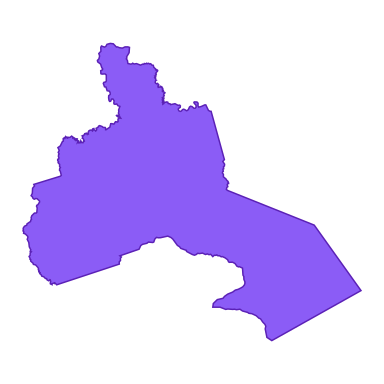 the district of Valparaíso, Caquetá, Colombia
{"feature_id": "7082276B64086191085481", "entity_name": "Valparaíso", "entity_type": "district", "adm_level": 2, "iso_a3": "COL", "parent_name": "Colombia", "parent_adm1": "Caquetá", "projection": "orthographic", "projection_center": [-75.73, 1.085], "detail": "fine", "context": "isolated", "style": "filled", "palette": "violet", "viewbox_px": 384, "rotation_deg": 0, "n_neighbors": 0, "source": "geoboundaries", "source_scale": "gbopen_adm2", "svg_char_len": 5831}
<svg xmlns="http://www.w3.org/2000/svg" viewBox="0 0 384 384"><path d="M60.4,176.2L33.8,184.4L34.5,186.0L32.6,188.2L32.3,193.4L31.1,195.7L32.3,196.7L32.9,198.2L33.8,199.0L34.5,199.2L35.8,198.5L37.1,198.7L39.5,201.0L39.6,202.0L37.9,204.7L36.8,205.3L36.5,206.2L37.2,207.9L36.8,212.5L36.3,213.0L34.4,213.1L31.8,215.7L31.1,217.7L31.5,219.4L30.9,219.9L30.5,221.5L27.1,223.7L26.7,225.2L24.5,226.2L23.4,227.8L23.1,228.9L23.4,229.5L23.0,230.9L23.6,231.2L23.8,232.1L23.6,233.3L25.4,234.0L27.7,236.3L27.9,237.5L27.2,239.3L28.8,242.5L29.3,246.9L30.8,249.9L30.2,251.3L31.3,251.8L30.2,252.8L30.1,255.4L29.1,256.4L30.1,258.6L30.0,259.3L30.7,259.6L30.7,261.1L33.1,263.3L33.4,264.4L35.6,264.9L38.0,267.6L38.5,268.8L38.3,269.6L39.0,270.7L38.7,270.9L38.8,271.7L39.3,271.7L39.6,273.0L40.1,272.9L40.0,273.8L41.1,274.6L41.7,276.1L43.8,276.8L45.4,278.5L46.6,278.6L47.0,279.8L48.6,280.8L49.4,280.5L49.9,279.7L50.3,279.9L50.7,281.7L50.2,283.1L50.5,284.0L51.1,283.9L52.0,284.6L52.1,283.7L54.5,282.8L54.6,283.5L55.3,283.3L56.7,284.8L119.3,264.1L119.2,261.9L120.5,260.5L120.4,258.2L121.4,257.0L119.9,255.8L139.1,249.2L140.8,245.5L142.6,244.3L146.9,243.3L148.4,242.1L152.8,242.5L153.8,242.0L154.8,239.1L156.5,237.4L158.4,237.8L160.6,237.7L167.8,236.1L171.1,237.6L172.9,239.2L177.4,245.4L179.5,246.7L180.8,248.4L186.4,250.4L186.5,251.3L187.0,251.7L192.3,254.5L194.4,255.2L195.9,254.7L197.8,253.3L199.4,253.6L202.5,253.1L205.5,254.5L207.3,253.9L209.0,254.7L210.7,254.3L212.8,256.6L214.2,255.3L216.1,255.3L216.8,254.9L217.9,255.8L219.4,255.7L221.2,256.8L222.4,256.6L225.0,257.8L227.6,259.7L228.6,261.9L229.4,262.3L232.6,262.2L235.1,263.6L236.9,266.2L238.5,266.9L239.4,266.7L242.5,268.1L243.0,275.2L243.8,276.5L243.9,279.4L244.9,281.8L244.9,283.5L244.3,285.1L242.7,286.9L240.8,288.0L238.2,289.3L235.3,290.1L232.6,292.1L227.7,294.1L224.5,296.4L223.0,298.3L217.3,299.6L213.3,303.5L212.8,307.2L220.1,307.2L225.7,309.4L227.8,309.0L232.8,309.4L234.4,309.2L236.5,309.7L239.9,309.2L242.5,311.0L247.6,312.4L248.9,313.3L251.9,313.7L256.2,315.7L258.9,318.2L260.5,318.8L262.7,322.0L264.9,324.3L265.8,326.2L265.2,328.9L266.9,337.4L271.8,340.6L361.0,290.6L314.2,225.1L227.7,190.5L226.4,189.5L226.8,187.4L227.8,186.7L227.2,184.7L227.9,183.5L228.6,183.5L228.6,182.9L227.9,182.2L228.1,181.5L226.7,180.2L226.0,179.0L223.4,176.8L223.4,174.3L222.4,173.0L222.7,171.7L223.3,171.3L222.9,169.2L223.7,168.8L223.5,166.7L224.4,166.0L224.6,164.2L222.8,161.5L224.4,159.6L211.1,111.3L209.8,111.2L208.4,110.3L205.8,104.9L204.7,104.9L201.2,106.5L198.7,107.1L198.0,105.8L198.1,103.2L197.0,102.0L194.4,101.9L193.9,102.3L194.2,103.3L196.0,105.2L196.1,107.1L195.3,108.2L194.0,108.3L192.1,106.6L190.6,106.2L189.5,107.0L188.3,109.6L187.1,110.6L186.4,110.7L184.6,109.5L183.4,109.2L182.5,109.6L181.4,111.0L180.2,111.4L178.9,110.8L178.2,109.4L178.5,108.5L180.2,107.4L180.4,105.9L179.7,105.1L178.0,105.3L175.0,103.7L170.6,104.6L170.1,103.8L168.2,103.5L167.8,102.2L166.7,101.9L165.6,102.3L164.3,102.0L163.9,103.5L162.9,104.1L163.0,103.2L162.4,102.6L163.2,101.3L162.6,101.2L162.5,100.4L163.5,100.0L163.2,99.7L163.8,98.5L162.7,98.7L163.0,98.2L162.4,97.7L163.5,96.9L164.2,95.6L163.6,95.1L163.9,93.7L164.6,93.5L164.9,92.6L163.5,91.9L163.4,91.0L162.6,91.5L162.3,91.1L162.9,89.7L162.4,89.1L162.8,88.7L162.5,88.0L161.8,87.6L162.0,87.1L160.7,86.3L160.4,87.0L158.5,87.3L158.6,86.5L158.1,86.9L157.9,86.1L158.7,84.7L157.5,83.4L156.7,83.8L155.6,83.2L155.2,82.5L155.5,80.7L156.1,80.3L155.8,80.2L155.5,77.8L155.0,78.1L154.7,77.7L155.4,77.2L155.0,76.4L155.4,76.5L155.4,75.9L155.9,75.8L155.6,75.1L156.2,74.5L155.7,73.8L156.1,73.5L156.1,72.6L157.4,71.3L157.1,70.8L157.6,70.3L157.1,69.9L156.5,70.3L155.8,69.9L156.2,69.5L153.8,67.3L153.3,65.3L151.9,65.1L150.7,63.7L149.7,64.0L148.6,63.3L147.5,63.7L146.7,63.2L146.0,63.8L144.3,63.5L143.8,64.3L142.7,64.1L140.5,65.1L136.5,63.6L134.1,64.0L132.7,63.2L131.9,63.9L130.6,64.1L127.9,63.5L127.4,60.4L126.3,58.9L126.9,58.0L126.6,56.9L129.1,52.7L129.5,47.4L128.0,46.9L125.0,46.9L122.4,48.1L119.4,47.7L117.5,46.9L116.4,47.0L113.3,43.8L110.3,43.4L107.0,44.3L105.8,46.4L104.5,47.1L101.5,46.0L100.8,47.2L100.9,51.3L98.8,53.5L99.6,56.0L98.9,58.9L97.4,60.4L97.7,61.9L100.6,64.1L101.7,67.5L102.7,69.0L102.4,69.8L100.7,70.7L100.9,73.7L102.0,74.1L105.0,73.9L106.3,75.0L106.3,80.9L105.7,81.9L103.8,82.4L103.3,83.4L104.5,86.8L106.0,87.1L107.1,90.7L109.4,91.2L110.2,92.9L110.2,94.4L108.7,95.7L108.6,97.9L109.0,100.4L109.6,101.4L110.6,101.3L111.6,99.1L112.9,99.0L114.1,100.8L113.8,103.0L114.0,103.9L114.9,104.3L116.8,104.0L117.9,105.7L119.9,106.4L118.6,110.0L118.8,111.6L118.4,113.1L119.3,115.1L118.6,115.6L117.0,115.2L116.5,115.6L117.6,116.7L119.8,116.8L120.7,118.2L119.3,118.0L118.5,118.3L118.0,119.3L118.0,121.7L117.6,122.0L115.5,121.7L113.9,124.1L111.6,123.6L110.7,123.7L109.9,127.1L106.1,129.7L105.6,129.7L105.6,128.2L105.2,127.5L103.2,127.4L102.1,126.5L99.7,125.6L98.6,126.1L97.9,127.4L96.1,128.3L96.7,129.8L95.7,131.0L94.2,129.7L93.2,129.7L94.0,128.8L93.9,128.5L92.7,128.9L92.9,130.5L92.5,131.0L91.4,130.0L90.0,130.2L88.8,130.9L88.1,132.5L88.3,134.0L87.6,133.9L87.2,134.4L86.5,133.2L85.8,133.3L85.4,133.8L84.7,133.7L84.2,134.9L82.2,135.9L82.9,136.3L82.3,138.3L83.2,138.6L84.6,141.7L83.6,140.9L83.0,142.7L81.7,142.6L80.8,140.9L80.4,142.7L78.8,142.9L78.5,141.8L77.5,142.6L77.9,141.2L78.6,141.0L77.1,140.0L76.0,140.6L75.8,140.3L76.1,139.7L77.0,139.5L77.2,138.9L76.0,138.8L74.6,139.6L74.2,138.9L74.8,138.6L74.7,138.2L73.4,137.5L72.8,137.9L72.7,136.9L71.6,136.1L70.1,137.3L68.2,137.6L67.0,138.5L67.5,137.4L66.3,137.6L66.4,137.1L65.9,137.2L65.6,136.7L64.8,138.3L64.4,137.7L63.2,138.6L63.3,141.1L62.4,141.6L60.3,145.9L57.9,147.6L59.2,150.4L58.2,152.4L59.1,153.9L58.6,154.6L58.4,156.4L58.9,157.8L58.6,159.1L57.7,159.3L57.7,160.7L58.6,161.9L58.1,162.7L59.6,164.3L59.6,166.6L60.4,167.5L59.7,168.5L59.5,170.2L60.3,171.3L61.3,175.3L60.4,176.2Z" fill="#8b5cf6" stroke="#5b21b6" stroke-width="1.5"/></svg>